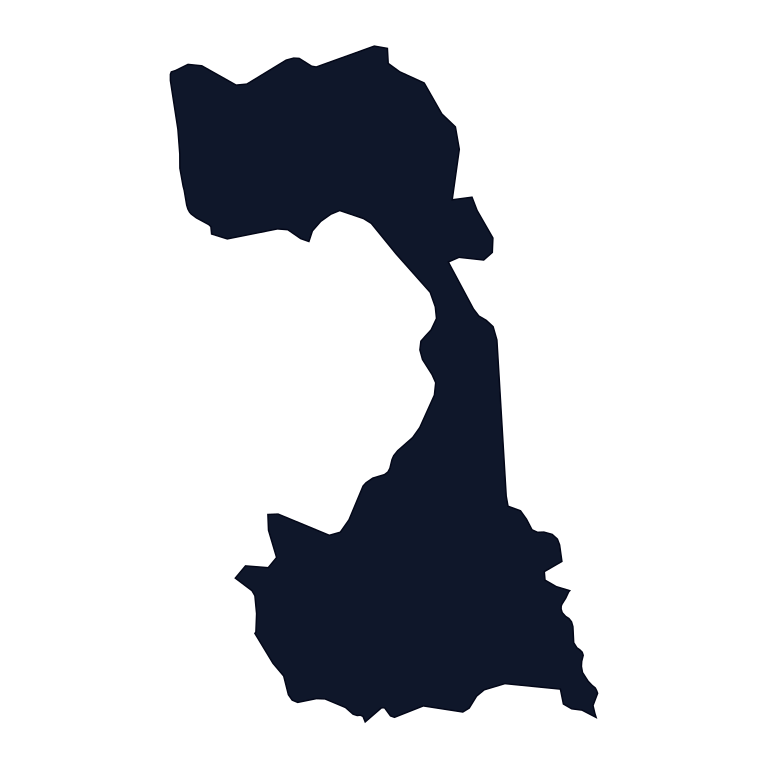 outline of Vercelli
{"feature_id": "ITA-5436", "entity_name": "Vercelli", "entity_type": "Province", "adm_level": 1, "iso_a3": "ITA", "parent_name": "Italy", "parent_adm1": "", "projection": "mercator", "projection_center": [8.234, 45.554], "detail": "fine", "context": "isolated", "style": "filled", "palette": "ink", "viewbox_px": 768, "rotation_deg": 0, "n_neighbors": 0, "source": "natural_earth", "source_scale": "10m", "svg_char_len": 2094}
<svg xmlns="http://www.w3.org/2000/svg" viewBox="0 0 768 768"><path d="M268.2,567.7L276.6,557.5L268.5,530.2L267.9,514.5L278.1,514.1L329.3,535.3L340.3,532.2L349.0,519.8L363.1,486.0L366.1,482.7L372.8,478.1L384.5,474.6L387.9,472.0L389.9,468.3L392.0,459.6L393.7,455.7L397.7,450.7L412.7,437.5L419.8,427.5L434.4,395.1L435.7,382.7L432.1,374.6L422.5,359.5L419.9,349.9L420.9,341.2L425.2,336.3L431.1,329.9L436.5,318.5L435.3,306.8L430.2,292.3L396.1,253.9L371.3,223.4L363.6,218.6L339.7,210.5L330.8,214.2L320.7,221.4L312.4,230.9L308.9,241.5L300.7,238.6L287.8,229.7L277.4,228.9L227.3,238.9L211.6,234.0L210.9,226.6L208.8,224.6L196.4,217.9L191.2,214.0L189.5,212.0L187.9,209.0L186.7,205.1L184.2,190.3L183.1,186.1L179.9,168.3L179.8,154.1L177.9,129.2L170.4,80.5L170.4,74.3L171.3,71.9L175.4,70.6L188.0,64.4L201.8,65.8L236.1,85.1L246.8,84.1L286.2,60.1L293.7,58.1L299.2,58.4L311.6,66.2L316.3,67.0L374.3,46.1L387.4,48.4L388.2,63.4L399.7,71.8L424.2,83.0L441.8,113.9L455.4,126.9L459.3,149.3L452.2,199.8L472.0,197.2L477.1,210.5L492.9,238.0L492.3,252.4L483.7,260.0L459.0,257.3L448.3,262.0L473.4,308.9L478.8,316.0L486.2,320.3L493.1,326.7L496.9,340.0L506.2,496.0L508.0,506.2L520.5,510.8L526.5,519.2L532.0,529.8L537.5,532.3L543.9,532.1L552.2,534.4L557.4,539.1L559.6,544.9L561.9,561.4L544.3,571.6L545.0,580.1L556.2,586.6L569.7,590.7L568.7,591.8L565.7,598.2L562.1,603.9L561.2,606.0L561.1,609.0L562.2,612.6L565.6,616.4L568.9,618.5L571.5,621.8L572.9,626.6L573.7,642.7L576.9,647.8L579.8,649.8L582.2,652.2L583.2,655.3L581.7,661.4L581.4,666.4L582.5,672.5L588.1,681.2L592.0,685.3L595.3,688.0L596.7,690.8L597.6,693.3L593.0,705.5L594.8,713.2L596.1,717.4L582.0,710.1L571.7,708.8L563.4,704.0L560.4,689.1L504.9,683.6L484.2,689.8L476.6,696.1L469.2,708.1L462.8,712.0L423.3,705.9L394.5,717.3L390.5,715.9L384.6,707.8L381.5,707.8L365.2,721.9L363.0,716.4L360.4,715.2L357.2,715.5L353.1,714.2L345.5,707.5L325.0,698.9L316.4,698.6L297.7,702.4L292.2,700.1L288.4,694.7L283.7,676.0L273.0,663.3L254.9,633.4L255.9,632.0L256.6,613.7L254.9,595.7L252.0,590.7L235.3,578.1L245.5,565.9L268.2,567.7Z" fill="#0f172a" stroke="#020617" stroke-width="1.5"/></svg>